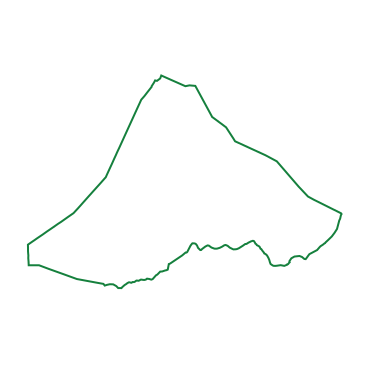 the district of Yogana, Oaxaca, Mexico, rotated 191°
{"feature_id": "50627088B88904238458038", "entity_name": "Yogana", "entity_type": "district", "adm_level": 2, "iso_a3": "MEX", "parent_name": "Mexico", "parent_adm1": "Oaxaca", "projection": "robinson", "projection_center": [-96.801, 16.439], "detail": "fine", "context": "isolated", "style": "outline", "palette": "green", "viewbox_px": 384, "rotation_deg": 191, "n_neighbors": 0, "source": "geoboundaries", "source_scale": "gbopen_adm2", "svg_char_len": 2913}
<svg xmlns="http://www.w3.org/2000/svg" viewBox="0 0 384 384"><g transform="rotate(191 192 192)"><path d="M338.3,88.9L332.7,90.0L328.2,90.9L318.1,89.2L302.4,86.8L288.4,84.6L267.7,84.8L261.4,84.9L259.8,83.5L257.8,84.6L255.0,85.8L251.7,86.3L248.4,85.2L246.1,83.6L243.0,84.2L242.9,84.2L242.4,85.2L240.4,87.8L238.9,89.2L238.1,90.2L236.7,91.3L236.1,91.4L235.4,91.4L234.6,91.3L234.0,91.4L233.3,92.2L232.9,92.3L231.8,92.5L231.4,92.7L230.9,93.1L229.7,94.4L229.2,94.6L228.0,94.6L227.8,94.6L227.3,94.8L226.6,95.3L225.7,96.1L225.3,96.3L223.5,96.4L222.2,96.5L221.0,97.0L220.6,97.2L219.7,98.3L219.3,98.4L218.7,98.3L217.7,98.5L216.8,98.4L215.3,98.2L214.9,98.4L214.0,99.0L211.4,103.4L210.3,104.3L208.2,107.5L208.0,107.8L206.1,108.3L203.5,109.8L202.1,110.4L201.0,111.2L201.0,111.4L201.0,116.7L200.8,116.7L199.0,118.4L195.6,121.8L193.6,123.8L189.5,127.9L186.7,131.4L185.8,131.5L185.2,132.3L183.2,139.1L182.0,141.5L181.5,141.8L179.5,142.0L178.5,141.8L176.9,140.5L176.2,139.5L175.4,138.3L172.8,136.6L172.0,136.8L171.1,138.1L168.5,141.0L166.6,142.5L165.3,142.6L162.3,141.2L159.2,140.7L158.3,140.8L156.6,141.2L154.1,142.5L152.0,144.1L150.1,145.9L148.9,146.4L147.7,146.2L146.6,145.9L144.3,144.6L141.1,143.7L140.3,143.6L138.9,143.9L137.1,144.5L135.3,145.7L131.8,149.0L129.8,151.1L128.9,151.3L128.2,151.8L126.9,153.1L125.9,153.8L124.8,154.7L123.0,155.7L122.0,155.7L120.7,154.5L119.9,153.4L118.9,153.0L118.2,152.2L116.4,151.7L115.3,151.2L113.8,149.3L113.1,149.2L111.6,147.7L109.7,146.1L109.4,145.5L107.9,145.1L106.3,144.1L104.5,142.0L103.2,140.1L102.0,137.7L101.1,136.3L98.8,135.3L97.9,135.1L96.0,135.4L94.7,135.8L91.0,137.1L87.3,137.1L84.7,138.8L84.7,139.2L84.0,139.5L83.8,139.8L83.1,141.2L82.7,141.6L83.2,142.6L81.8,145.9L79.1,148.2L74.3,149.7L71.6,149.2L68.9,147.7L67.6,147.8L66.7,149.6L65.7,151.8L64.9,153.4L58.1,158.9L56.1,162.4L55.4,163.4L53.5,165.2L52.1,166.9L51.6,167.2L51.5,167.5L51.2,168.1L49.3,170.7L46.3,175.0L44.3,179.1L42.6,183.4L42.0,192.2L41.5,194.0L41.4,197.7L41.0,198.9L41.5,199.5L70.7,207.6L77.3,209.7L88.3,217.6L114.6,238.3L126.9,242.1L159.4,250.0L160.5,251.2L161.5,252.3L170.9,262.0L186.7,269.6L187.0,270.1L209.0,296.8L214.8,296.2L218.7,294.6L227.0,296.5L231.4,297.5L233.6,298.0L244.4,300.5L244.9,297.4L245.7,296.5L247.6,294.4L249.5,294.5L250.2,292.1L251.6,288.6L251.8,288.2L251.7,287.5L255.1,280.9L257.0,277.1L258.8,274.0L259.4,273.0L260.5,268.5L261.9,262.8L264.4,252.4L268.8,234.2L270.4,227.5L271.7,222.1L272.1,220.5L272.5,219.0L273.2,216.2L273.8,213.5L274.7,209.9L276.0,204.3L276.9,200.7L278.7,193.3L279.5,189.9L279.8,189.5L280.8,187.8L283.8,182.7L286.4,178.4L289.4,173.4L292.7,167.9L300.7,154.4L304.3,148.6L308.7,144.1L314.8,137.7L317.5,135.1L320.0,132.5L324.1,128.3L326.7,125.7L330.5,121.7L335.1,117.1L337.6,114.5L339.0,113.1L343.0,109.0L342.9,108.5L342.7,107.6L342.3,105.8L342.0,104.2L341.6,102.3L340.8,99.4L340.6,98.9L340.1,95.8L339.2,92.6L338.3,88.9Z" fill="none" stroke="#15803d" stroke-width="2"/></g></svg>